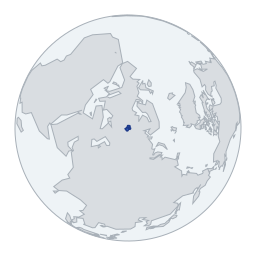 Moskovskaya highlighted on a globe, orthographic projection, rotated 101°
{"feature_id": "RUS-2364", "entity_name": "Moskovskaya", "entity_type": "Region", "adm_level": 1, "iso_a3": "RUS", "parent_name": "Russia", "parent_adm1": "", "projection": "orthographic", "projection_center": [37.527, 55.599], "detail": "fine", "context": "on_globe", "style": "filled", "palette": "blue", "viewbox_px": 256, "rotation_deg": 101, "n_neighbors": 0, "source": "natural_earth", "source_scale": "10m", "svg_char_len": 11984}
<svg xmlns="http://www.w3.org/2000/svg" viewBox="0 0 256 256"><g transform="rotate(101 128 128)"><circle cx="128" cy="128" r="113" fill="#eef3f6" stroke="#a8b0b8"/><path d="M81.9,25.2L83.5,24.5L82.5,25.0L85.5,23.7L87.8,22.8L93.5,20.9L101.4,19.5L105.1,21.6L101.9,21.9L103.2,22.5L107.2,22.3L109.5,22.0L119.3,25.4L132.4,27.3L137.3,26.3L135.7,28.0L145.3,25.3L152.9,26.2L143.9,26.2L142.6,27.1L147.5,28.1L147.3,29.2L149.6,30.4L148.8,31.8L143.6,31.9L143.1,32.8L146.6,33.5L148.1,35.5L143.0,34.3L145.1,37.6L136.8,38.9L123.8,35.3L118.7,37.9L104.0,39.5L104.9,40.8L99.9,42.5L99.0,44.7L96.5,44.5L98.0,46.4L100.4,46.2L101.8,47.0L101.6,48.3L98.4,48.3L98.0,47.6L96.9,48.3L95.5,47.8L96.0,48.8L92.2,48.7L95.5,50.8L92.1,52.5L89.6,51.9L90.5,49.3L87.1,42.3L85.0,41.3L81.0,42.2L72.1,49.4L69.5,49.5L65.4,51.6L66.5,52.6L70.1,51.4L71.3,54.0L75.6,52.4L76.7,53.3L80.8,53.0L79.5,55.9L75.9,59.1L72.4,59.6L70.7,61.1L73.5,63.1L66.4,66.7L60.7,73.8L59.0,74.6L56.6,71.3L58.1,64.8L55.0,61.3L56.2,66.6L51.8,68.7L50.8,70.4L50.6,72.1L51.9,72.6L50.3,74.0L48.4,69.1L49.9,67.7L50.5,69.2L51.1,66.3L49.8,63.4L47.7,64.8L48.0,59.4L46.5,60.5L45.7,60.0L48.1,58.6L43.8,61.1L43.8,56.5L37.9,61.5L44.5,54.5L47.4,51.1L50.3,47.5L49.4,48.2L54.6,43.1L57.1,40.5L56.4,41.0L64.4,35.0L72.9,29.7L81.9,25.2ZM42.2,55.0L41.7,55.6L42.2,55.0ZM22.9,87.4L23.0,87.3L21.4,91.6L18.8,101.2L18.7,101.2L16.3,113.8L15.7,125.2L15.5,130.1L15.4,130.6L15.6,134.5L15.6,135.7L18.2,151.3L20.9,161.5L21.8,165.3L21.5,164.8L19.2,157.3L17.4,149.6L16.2,141.7L15.5,133.9L15.4,126.0L15.8,118.1L16.8,110.2L18.3,102.5L20.4,94.8L22.9,87.4ZM36.6,62.7L29.8,73.7L32.2,69.1L32.0,69.5L34.1,66.4L37.4,61.5L39.9,57.9L36.6,62.7ZM37.0,63.9L38.0,62.3L37.2,63.7L37.0,63.9ZM110.6,21.7L107.3,22.2L103.8,22.1L106.5,21.5L110.6,21.7ZM117.3,22.5L115.7,22.9L114.5,21.8L115.8,21.9L117.3,22.5ZM140.8,25.5L138.1,25.2L140.8,25.1L140.8,25.5ZM150.0,30.4L150.8,30.2L151.6,30.9L150.0,30.4ZM81.3,51.4L81.0,52.2L80.4,51.8L81.3,51.4ZM83.3,50.6L82.7,49.6L83.6,49.1L83.9,49.7L83.3,50.6ZM151.3,33.7L152.3,35.1L150.4,33.7L151.3,33.7ZM83.8,51.9L85.2,48.3L86.8,47.4L89.4,49.0L83.8,51.9ZM152.3,35.9L154.9,39.4L157.0,39.2L152.6,42.1L151.9,38.0L149.1,36.3L151.5,36.7L152.3,35.9ZM101.3,45.5L98.7,45.9L101.1,44.4L101.3,45.5ZM102.5,44.4L107.9,39.1L111.6,39.4L109.0,41.0L114.0,40.6L113.2,43.3L110.2,44.2L108.0,43.4L109.4,45.1L102.5,44.4ZM149.8,43.3L149.6,44.3L148.8,43.3L149.8,43.3ZM102.6,47.2L103.4,46.0L106.6,46.2L105.7,48.6L104.9,47.7L102.6,47.2ZM115.8,39.2L118.0,39.8L117.9,42.2L118.8,42.7L113.5,43.4L115.8,39.2ZM104.1,48.4L105.1,49.8L103.3,50.9L102.1,48.4L104.1,48.4ZM107.9,45.2L109.4,45.5L108.2,46.1L107.9,45.2ZM97.6,56.1L98.4,54.6L100.2,54.5L97.6,56.1ZM105.6,50.2L106.3,49.8L107.1,49.7L107.4,50.8L105.6,50.2ZM113.8,45.1L113.3,46.0L116.0,44.9L116.0,46.8L112.4,46.9L114.0,47.6L114.0,48.2L111.1,47.7L113.8,45.1ZM110.1,51.5L105.6,52.5L103.6,55.3L102.0,55.4L105.4,51.0L110.1,51.5ZM110.9,49.3L110.0,50.7L108.5,50.1L108.1,48.8L110.9,49.3ZM117.3,48.0L118.2,45.1L118.9,45.2L117.3,48.0ZM109.8,52.4L110.9,52.2L109.9,52.7L109.8,52.4ZM115.4,49.5L115.6,48.4L116.4,48.5L115.4,49.5ZM112.9,52.6L111.5,52.9L111.2,52.0L112.9,52.6ZM114.3,51.3L115.4,51.7L112.0,51.5L114.3,50.8L114.3,51.3ZM116.1,49.7L116.7,49.5L115.9,50.2L116.1,49.7ZM114.9,56.0L110.6,56.0L110.0,53.9L114.2,54.2L114.9,56.0ZM96.8,236.2L96.3,236.1L89.9,233.5L80.9,226.4L83.4,224.4L82.2,221.2L73.9,210.7L75.7,206.7L73.5,203.7L69.1,202.2L66.7,198.4L64.0,196.9L47.9,188.1L43.3,180.6L38.6,163.2L41.7,160.5L42.9,154.4L65.1,145.6L69.2,149.8L85.9,154.6L87.9,156.3L85.2,161.3L97.2,172.1L101.9,168.6L113.5,174.2L121.7,174.8L125.8,164.6L112.5,163.5L110.9,157.9L122.1,154.3L133.9,155.2L133.7,153.1L126.8,148.2L130.1,144.3L124.5,146.2L126.3,148.5L122.9,149.8L121.0,147.8L122.2,146.5L118.9,145.2L113.8,152.4L115.1,155.5L105.9,155.4L107.2,160.7L104.5,162.5L101.3,154.3L102.0,151.6L95.5,141.5L93.9,144.2L99.9,154.1L97.8,152.9L95.6,157.0L95.5,153.0L89.4,141.8L81.5,140.5L70.3,147.4L65.9,145.8L62.7,141.1L67.9,131.0L77.1,135.8L79.1,132.6L78.1,125.7L81.0,127.9L81.8,125.7L85.4,127.2L91.3,124.0L95.1,125.0L98.4,118.7L100.7,118.4L98.1,122.1L98.4,125.4L107.9,127.7L110.0,126.7L111.3,122.5L113.8,123.8L113.9,119.5L119.8,118.8L112.6,116.1L114.0,111.5L118.0,108.5L117.2,106.6L110.6,111.5L109.2,113.9L110.0,116.7L104.8,123.4L101.4,123.7L101.9,115.2L97.0,114.8L99.5,108.6L115.8,98.7L122.1,97.3L130.7,104.8L128.7,107.7L124.6,106.3L127.6,111.8L127.7,109.3L129.7,110.5L131.6,106.6L133.1,107.3L132.2,102.5L134.3,102.9L134.8,105.9L139.3,100.8L143.9,100.7L144.2,99.2L143.2,97.7L149.6,98.7L149.6,97.6L147.4,96.8L145.8,94.2L145.6,90.0L147.9,90.6L148.2,92.2L152.4,96.4L153.1,100.8L154.0,100.6L154.0,97.0L148.8,91.7L148.1,89.1L150.8,91.2L149.8,90.2L150.1,89.1L152.5,88.5L149.6,86.1L150.1,73.6L154.8,71.6L157.2,74.7L159.9,67.2L165.0,65.9L163.0,65.1L162.9,61.3L161.3,61.7L160.4,61.1L159.5,52.0L161.0,50.4L158.4,46.1L157.4,45.8L156.1,46.6L152.6,42.1L157.0,39.2L159.1,40.0L160.4,37.8L165.0,40.2L169.5,41.3L173.7,45.5L176.9,46.2L177.0,45.2L181.4,45.6L189.8,50.0L182.3,50.6L169.5,45.8L174.7,48.0L173.3,48.8L175.0,50.4L178.7,52.0L179.2,51.3L184.1,61.3L192.5,68.9L192.4,64.7L195.0,64.1L204.5,70.1L214.6,87.3L218.2,87.4L220.1,89.3L220.9,93.4L218.1,90.7L216.5,92.3L214.8,90.2L215.1,96.2L212.6,93.5L214.1,99.6L216.4,100.4L217.1,95.9L219.4,102.7L223.4,102.3L226.7,106.2L229.7,120.6L228.4,129.7L229.0,131.5L226.9,132.6L226.5,138.8L232.1,141.4L232.7,143.8L231.0,153.5L230.5,152.0L225.3,154.9L225.9,161.3L230.0,160.3L231.4,163.3L229.0,165.8L227.3,163.4L225.4,164.3L224.8,159.2L221.0,154.4L218.4,159.5L217.5,156.5L211.9,153.9L207.6,160.9L201.6,176.2L202.6,184.1L199.7,189.7L191.7,182.7L188.3,175.6L185.2,178.2L177.1,174.2L162.5,179.1L160.6,177.2L157.8,179.1L152.1,178.0L149.2,174.5L145.7,175.4L153.4,184.4L157.2,183.3L160.6,178.5L162.0,181.8L167.5,183.4L160.8,193.7L139.4,204.3L137.6,198.3L123.0,180.0L123.6,177.7L123.4,177.0L121.7,180.6L119.3,176.6L126.8,190.3L127.9,195.8L139.1,204.7L138.0,205.7L141.7,207.2L153.9,203.1L153.9,205.1L147.9,214.5L131.3,225.8L133.7,231.1L132.8,234.9L122.9,236.9L124.3,238.8L119.2,239.0L119.2,239.7L115.5,239.8L109.2,239.1L96.8,236.2ZM56.8,153.6L56.0,155.4L56.8,153.6ZM146.1,161.3L153.3,160.5L150.6,154.1L153.2,153.3L151.3,151.5L150.4,153.7L145.9,148.4L149.2,145.8L148.6,142.8L146.1,143.0L140.8,148.6L147.1,156.0L145.2,159.1L146.1,161.3ZM18.8,101.5L18.3,103.4L18.6,101.8L18.8,101.5ZM31.8,69.6L30.7,71.4L29.9,72.9L30.5,71.6L31.8,69.6ZM24.7,85.5L23.8,88.1L24.4,85.9L24.7,85.5ZM28.9,75.4L25.3,83.6L26.4,80.0L28.9,74.9L27.6,77.7L28.9,75.4ZM35.9,64.6L35.0,65.9L34.8,66.0L35.9,64.6ZM36.4,65.0L36.6,64.6L37.3,63.7L36.4,65.0ZM51.9,69.0L52.0,69.4L51.5,71.3L51.0,70.6L51.9,69.0ZM53.4,78.9L50.7,81.1L52.3,79.0L51.1,78.3L53.0,73.2L58.2,74.7L55.5,74.9L53.4,78.9ZM57.0,67.2L55.2,70.0L57.0,66.8L57.0,67.2ZM82.4,113.3L83.3,115.5L81.5,117.5L76.7,116.8L79.3,113.8L82.4,113.3ZM85.0,118.1L86.8,110.2L89.9,110.4L87.9,111.6L89.7,112.6L86.9,114.7L88.1,123.0L86.5,125.3L78.5,122.5L82.0,122.0L80.9,119.9L85.0,118.1ZM86.2,91.1L87.0,88.1L92.5,92.5L91.1,94.8L86.2,94.1L85.1,91.0L86.2,91.1ZM88.2,55.4L88.1,54.4L89.0,54.3L89.8,55.2L88.2,55.4ZM97.8,55.4L89.2,60.2L88.8,59.2L84.3,63.5L81.3,62.5L84.3,59.7L78.7,62.3L80.2,59.4L76.5,61.5L83.4,55.4L84.6,53.0L84.5,56.0L87.2,56.9L88.7,56.6L93.8,54.1L97.5,49.6L100.8,50.0L102.2,51.5L101.8,52.6L99.7,52.0L100.7,54.0L97.4,53.9L97.8,55.4ZM115.9,71.0L113.7,69.4L115.0,74.2L111.8,73.8L112.1,74.4L109.5,75.4L107.0,77.7L105.6,77.1L105.2,78.3L103.5,79.0L102.5,80.5L99.7,79.9L98.2,81.7L97.7,80.5L95.9,83.7L96.0,81.1L93.8,82.0L94.9,84.0L82.4,78.6L77.0,78.6L72.6,80.2L73.3,75.7L78.0,71.6L84.3,68.4L89.4,69.1L88.8,67.1L91.0,66.9L90.5,68.6L92.6,65.9L94.3,66.2L100.0,63.9L101.9,60.1L104.0,59.2L104.1,60.9L106.2,58.9L107.8,61.5L109.4,61.0L112.5,63.2L111.8,66.9L113.6,66.1L116.1,67.8L115.9,71.0ZM115.7,56.7L115.6,61.0L113.7,62.9L109.0,58.3L107.4,58.4L104.3,55.7L107.0,53.0L107.6,54.0L108.8,54.4L107.5,55.1L109.5,54.8L110.5,56.2L112.3,56.4L111.7,57.7L115.7,56.7ZM90.6,155.0L92.2,155.8L94.8,156.3L93.5,159.0L90.6,155.0ZM86.3,147.5L87.8,147.6L87.2,151.5L85.5,150.8L86.3,147.5ZM89.2,144.5L87.9,147.3L87.6,145.4L89.2,144.5ZM99.6,122.1L101.3,122.1L101.3,123.1L100.1,124.4L99.6,122.1ZM119.0,85.9L118.1,84.5L118.7,84.0L118.8,80.3L121.2,80.4L122.1,82.7L119.0,85.9ZM123.3,166.3L120.6,168.2L119.5,167.1L120.7,166.7L123.3,166.3ZM106.1,164.1L109.8,166.1L105.7,164.9L106.1,164.1ZM121.6,85.4L121.4,83.8L122.7,84.9L121.6,85.4ZM122.9,80.3L124.6,81.1L121.5,79.9L122.9,80.3ZM152.4,232.1L145.0,237.9L139.6,238.6L138.4,237.6L141.0,234.4L147.3,232.6L150.3,230.3L152.4,232.1ZM236.9,156.9L233.4,167.0L231.6,170.4L232.3,168.4L235.2,161.8L237.0,156.5L236.9,156.9ZM232.1,168.7L229.0,172.0L222.8,171.3L225.1,168.5L231.1,165.2L230.8,166.7L232.7,165.3L232.1,168.7ZM238.5,147.3L238.2,150.7L236.4,156.6L235.4,158.9L234.8,157.1L235.1,154.3L236.0,152.1L238.0,137.0L239.0,135.4L238.7,140.9L239.4,140.8L238.5,147.3ZM203.2,184.5L205.9,187.1L204.1,189.2L203.2,184.5ZM237.7,128.8L237.6,135.3L237.4,128.2L237.7,128.8ZM236.9,123.2L237.4,124.5L236.7,124.5L236.9,123.2ZM229.9,133.6L229.1,136.3L228.5,135.3L229.3,131.3L229.9,133.6ZM229.3,109.6L231.2,112.8L231.7,114.4L230.4,113.6L229.3,109.6ZM141.7,85.2L138.9,90.2L138.5,94.1L140.7,96.8L136.4,95.3L137.0,89.2L141.7,85.2ZM148.8,74.9L146.8,72.8L148.4,72.5L149.1,72.9L148.8,74.9ZM147.1,74.6L143.2,74.5L142.6,72.5L145.8,72.9L147.1,74.6ZM132.4,79.8L131.4,81.2L130.3,80.3L132.4,79.8ZM239.8,141.8L239.8,141.5L239.4,144.5L239.1,146.8L239.0,147.1L239.2,145.2L239.6,140.3L239.9,137.3L240.5,130.1L239.7,139.6L239.9,140.2L240.3,135.5L240.0,139.9L240.0,140.1L239.8,141.8ZM240.6,127.5L240.6,127.1L240.6,124.9L240.6,125.5L240.6,127.5ZM240.0,125.2L239.3,125.6L239.2,129.0L238.9,120.6L239.7,121.6L240.0,125.2ZM238.6,122.3L238.6,125.5L238.3,121.1L238.6,122.3ZM238.3,125.3L237.7,123.8L238.0,122.2L238.3,125.3ZM238.8,121.2L237.9,117.8L238.5,118.6L238.8,121.2ZM236.1,120.8L237.8,119.6L236.6,123.6L234.1,118.3L234.4,115.9L236.1,120.8ZM222.3,86.1L220.9,85.1L220.5,82.8L221.6,84.1L222.3,86.1ZM217.9,74.6L219.9,81.8L221.3,87.9L222.0,87.1L224.4,90.8L222.1,90.5L219.4,84.4L218.7,80.3L216.4,77.6L214.6,73.6L211.6,71.5L210.1,69.2L212.6,69.9L217.9,74.6ZM210.3,70.8L204.4,66.3L204.6,63.2L206.0,63.5L208.6,66.8L208.3,68.2L210.3,70.8ZM203.0,64.4L202.7,65.8L193.3,63.4L191.4,62.1L198.7,62.0L198.7,63.4L201.0,64.6L203.0,64.4ZM150.9,44.3L149.8,44.3L150.5,43.7L150.9,44.3ZM159.5,61.3L158.3,60.4L159.3,59.6L159.5,61.3ZM155.6,57.4L155.3,58.9L154.6,57.1L155.6,57.4ZM154.9,62.4L154.8,59.4L156.3,62.6L154.9,62.4Z" fill="#d9dde1" stroke="#a8b0b8" stroke-width="1"/><path d="M127.0,128.6L126.9,128.6L126.7,128.6L126.6,128.8L126.4,128.8L126.4,128.7L126.2,128.7L125.9,128.6L125.7,128.7L125.5,128.4L125.5,128.2L125.6,127.9L125.6,127.7L125.5,127.4L125.4,127.3L125.4,127.2L125.5,127.1L125.6,126.9L125.6,126.7L125.8,126.7L125.8,126.4L126.0,126.3L126.3,126.4L126.4,126.5L126.5,126.5L126.5,126.4L126.8,126.4L126.9,126.2L127.0,126.2L127.4,126.1L127.5,126.2L127.6,125.9L127.6,125.7L127.8,125.7L128.0,125.7L128.0,125.4L128.3,125.4L128.4,125.5L128.5,125.5L128.8,125.7L128.9,125.8L128.9,126.0L128.9,126.3L129.0,126.4L129.0,126.5L129.0,126.8L129.1,127.0L129.2,127.3L129.3,127.3L129.5,127.4L129.7,127.5L129.8,127.5L130.0,127.5L130.3,127.6L130.5,127.5L130.8,127.9L130.8,128.1L131.0,128.2L131.0,128.3L130.9,128.3L131.0,128.5L130.9,128.6L130.7,128.8L130.7,129.0L130.4,129.1L130.2,129.3L130.1,129.5L129.9,129.7L130.0,129.8L129.9,129.9L129.7,129.9L129.6,130.0L129.6,129.9L129.4,130.0L129.5,130.2L129.6,130.3L129.4,130.4L129.4,130.5L129.2,130.6L129.1,130.4L129.0,130.2L129.1,129.9L128.9,129.9L128.7,129.8L128.6,129.7L128.4,129.5L128.2,129.7L127.9,129.6L127.7,129.5L127.6,129.4L127.5,129.2L127.7,128.9L127.8,128.9L127.9,128.6L127.9,128.4L128.0,128.5L128.1,128.2L128.3,128.0L128.3,127.9L128.4,127.7L128.2,127.5L128.1,127.4L127.9,127.4L127.9,127.5L127.9,127.9L127.6,128.0L127.6,128.3L127.4,128.3L127.4,128.2L127.3,128.3L127.4,128.6L127.3,128.8L127.2,128.8L127.2,128.7L127.0,128.6ZM127.5,127.9L127.6,127.7L127.4,127.7L127.4,127.8L127.5,127.9ZM127.7,127.3L127.8,127.2L127.7,127.2L127.7,127.3Z" fill="#3b82f6" stroke="#1e3a8a" stroke-width="1.5"/></g></svg>